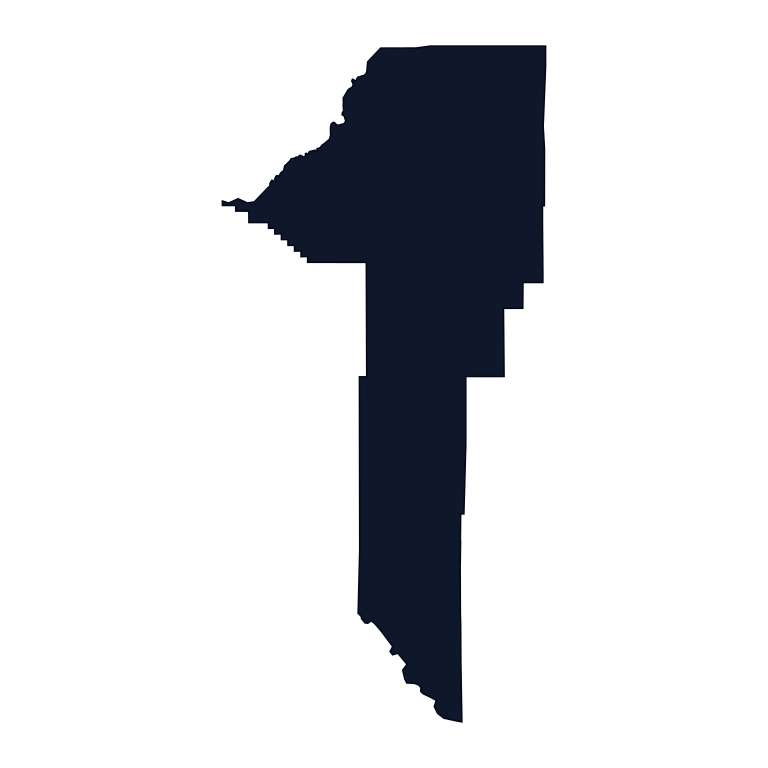 Gallatin, Montana, United States of America (Robinson projection)
{"feature_id": "52423323B38273154408522", "entity_name": "Gallatin", "entity_type": "district", "adm_level": 2, "iso_a3": "USA", "parent_name": "United States of America", "parent_adm1": "Montana", "projection": "robinson", "projection_center": [-111.391, 45.336], "detail": "fine", "context": "isolated", "style": "filled", "palette": "ink", "viewbox_px": 768, "rotation_deg": 0, "n_neighbors": 0, "source": "geoboundaries", "source_scale": "gbopen_adm2", "svg_char_len": 2470}
<svg xmlns="http://www.w3.org/2000/svg" viewBox="0 0 768 768"><path d="M545.6,46.1L479.4,46.1L457.7,46.1L430.1,46.1L416.2,48.0L393.6,48.1L380.7,48.1L367.7,61.8L366.8,71.6L365.7,74.2L364.9,74.7L364.3,75.2L363.2,75.6L362.3,75.8L361.2,76.2L360.3,76.5L360.0,76.9L359.5,76.9L358.8,76.9L357.9,77.1L356.7,79.0L356.6,80.0L356.0,80.4L355.8,80.9L355.1,80.7L354.3,80.1L353.7,79.8L353.2,79.4L352.5,79.2L352.3,79.6L351.8,81.0L353.3,84.5L352.2,87.0L348.3,89.5L345.7,93.9L343.2,98.0L343.4,101.7L343.2,104.7L343.4,108.6L343.7,110.7L342.4,112.6L342.2,114.9L344.1,115.8L345.8,121.2L344.0,123.7L341.2,124.5L338.3,125.2L336.7,125.0L334.8,122.9L333.2,122.3L331.3,123.9L330.8,125.4L330.4,128.6L330.5,131.4L330.6,135.4L329.3,139.5L326.6,141.6L324.2,143.7L321.7,145.5L320.6,147.3L319.1,148.2L317.1,148.6L317.1,149.9L317.3,150.5L316.4,150.9L315.9,150.5L314.8,150.2L314.3,150.6L312.9,150.6L310.6,151.4L309.5,151.4L308.8,152.7L308.8,153.8L307.0,154.3L306.9,153.5L306.1,153.3L305.4,153.8L305.4,154.6L305.3,156.2L304.4,157.1L303.2,156.9L302.4,156.1L300.9,155.9L300.3,155.2L298.9,156.0L298.2,157.1L296.1,157.1L294.3,158.2L291.2,158.7L289.9,160.9L288.0,162.7L286.4,164.3L284.7,165.9L284.2,168.1L283.6,170.6L281.9,172.0L280.3,173.3L280.1,174.3L279.4,175.3L279.3,176.1L278.5,175.9L276.7,175.7L275.8,176.5L274.7,179.2L275.2,180.0L275.7,180.9L274.4,181.5L273.6,181.0L273.2,180.6L271.8,180.2L271.2,181.2L270.2,182.9L269.9,184.1L270.0,186.0L268.8,187.0L268.4,187.2L254.3,201.9L247.2,202.9L238.1,198.7L228.7,203.0L222.4,201.0L222.4,205.5L235.7,205.5L235.7,211.1L248.8,211.2L248.9,222.6L268.5,222.6L268.5,228.3L274.8,228.3L274.8,234.0L281.4,233.9L281.4,239.6L287.9,239.6L288.0,245.4L294.5,245.4L294.5,251.1L301.0,251.0L301.0,256.7L307.6,256.5L307.6,262.3L366.3,262.4L366.7,376.8L359.4,376.8L359.7,549.5L358.1,613.4L358.9,613.9L361.6,617.1L361.5,618.6L365.0,622.9L367.7,623.3L371.3,620.8L375.2,624.1L380.9,630.8L392.7,646.5L390.1,651.5L392.6,654.8L397.9,653.3L407.0,664.3L402.7,670.1L404.8,679.0L406.8,683.0L414.3,683.3L418.9,685.1L420.9,687.7L420.8,691.5L423.1,693.7L429.0,696.5L436.3,700.3L434.3,706.6L437.6,713.4L443.9,718.2L456.9,721.0L461.9,721.9L460.9,663.6L460.8,647.2L460.7,623.7L460.4,613.9L460.2,567.5L460.6,540.8L460.4,539.9L460.7,513.9L463.9,513.9L465.8,445.2L465.8,376.5L504.1,376.5L503.5,308.3L522.8,308.3L523.0,282.5L542.9,282.5L542.9,273.6L542.6,238.8L542.5,222.7L542.5,205.7L544.4,205.7L544.5,148.8L543.2,126.2L545.6,66.1L545.6,46.1Z" fill="#0f172a" stroke="#020617" stroke-width="1.5"/></svg>